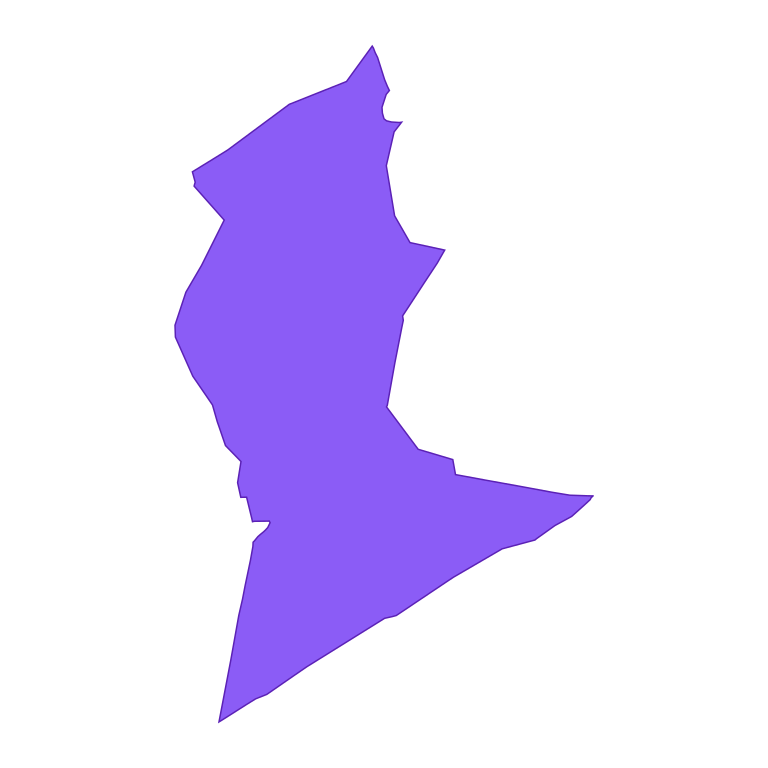 Ad Dali, Sennar, Sudan (orthographic projection)
{"feature_id": "16777658B21682317034415", "entity_name": "Ad Dali", "entity_type": "district", "adm_level": 2, "iso_a3": "SDN", "parent_name": "Sudan", "parent_adm1": "Sennar", "projection": "orthographic", "projection_center": [33.523, 12.54], "detail": "fine", "context": "isolated", "style": "filled", "palette": "violet", "viewbox_px": 768, "rotation_deg": 0, "n_neighbors": 0, "source": "geoboundaries", "source_scale": "gbopen_adm2", "svg_char_len": 1563}
<svg xmlns="http://www.w3.org/2000/svg" viewBox="0 0 768 768"><path d="M444.7,250.1L410.0,242.6L394.6,215.8L386.3,165.7L394.1,131.9L401.6,122.2L399.3,122.5L391.5,122.0L386.5,120.8L384.0,118.8L382.4,113.1L382.0,107.3L386.2,94.4L389.4,90.5L387.4,86.4L384.6,79.6L377.6,57.5L375.2,52.7L373.4,48.0L372.2,46.1L346.5,81.5L289.3,104.3L227.7,150.0L214.5,158.2L192.4,171.8L195.2,182.2L194.5,184.5L194.1,186.1L194.3,186.3L194.5,186.6L195.5,187.7L197.0,189.4L224.2,220.1L201.6,265.3L185.9,292.2L175.0,325.2L175.4,337.1L192.8,376.2L208.9,399.7L212.5,405.0L217.3,421.8L219.4,427.8L225.5,445.6L241.0,461.5L237.6,482.7L240.8,497.3L246.6,497.2L251.7,518.1L252.5,521.7L252.8,521.7L253.9,521.3L269.3,521.1L270.1,522.7L267.7,527.6L265.5,530.0L263.6,531.8L260.4,534.4L257.9,536.6L256.1,538.8L254.3,541.0L253.1,542.2L252.9,546.5L250.4,560.5L245.2,585.3L242.5,599.3L242.4,599.7L238.8,615.4L230.8,660.1L219.0,721.9L221.5,720.4L246.2,704.7L255.7,698.8L266.8,694.4L293.5,675.9L306.9,666.7L384.6,618.3L392.3,616.6L396.3,615.5L445.2,582.7L453.3,577.3L502.2,548.8L535.0,540.0L536.5,538.7L555.0,525.5L567.7,518.6L571.7,516.4L584.6,504.8L587.3,502.3L590.1,499.7L590.3,499.4L590.8,498.4L591.0,497.9L591.2,497.7L591.3,497.5L591.5,497.3L591.7,497.2L593.0,496.0L593.0,495.9L587.1,495.8L584.8,495.7L569.9,495.2L563.8,494.2L552.9,492.4L550.6,492.0L519.8,486.3L485.3,480.1L455.5,474.6L452.8,459.6L418.2,449.3L398.4,422.8L386.5,406.9L387.3,405.3L394.9,362.7L402.0,326.5L403.3,320.3L402.6,315.9L407.8,308.0L423.8,283.5L437.2,263.2L444.7,250.1Z" fill="#8b5cf6" stroke="#5b21b6" stroke-width="1.5"/></svg>